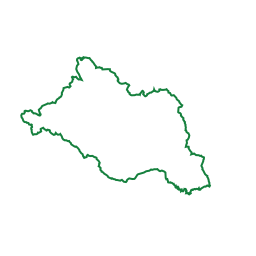 Bagua, Amazonas, Peru, rotated 299°
{"feature_id": "86281439B42703841252030", "entity_name": "Bagua", "entity_type": "district", "adm_level": 2, "iso_a3": "PER", "parent_name": "Peru", "parent_adm1": "Amazonas", "projection": "orthographic", "projection_center": [-78.445, -5.117], "detail": "fine", "context": "isolated", "style": "outline", "palette": "green", "viewbox_px": 256, "rotation_deg": 299, "n_neighbors": 0, "source": "geoboundaries", "source_scale": "gbopen_adm2", "svg_char_len": 5781}
<svg xmlns="http://www.w3.org/2000/svg" viewBox="0 0 256 256"><g transform="rotate(299 128 128)"><path d="M172.7,164.5L174.2,164.4L174.2,163.3L175.1,161.3L175.2,160.7L176.2,159.8L176.7,156.8L177.8,155.6L178.9,152.1L177.6,150.5L177.6,149.9L179.0,147.8L178.6,146.2L179.9,145.4L180.0,144.2L180.6,142.9L179.8,142.3L178.3,140.2L177.5,138.6L177.6,137.5L176.9,136.8L176.6,137.2L175.6,137.4L174.1,136.5L173.5,134.7L173.8,132.8L174.3,132.2L172.8,132.7L172.1,131.9L170.3,131.2L169.5,130.0L167.8,129.2L166.9,128.4L166.1,128.7L165.4,128.6L164.3,128.0L164.1,127.7L164.2,127.0L165.0,124.8L166.6,124.7L167.4,123.6L167.6,122.8L166.7,122.3L165.9,122.4L163.9,122.0L162.8,122.3L162.9,121.6L162.1,121.0L161.3,119.1L160.0,118.0L158.4,115.4L158.2,114.3L158.6,112.7L159.4,112.5L159.7,110.4L160.5,109.7L160.9,108.5L162.5,108.2L164.7,108.2L165.8,108.5L166.3,107.7L166.0,106.0L166.3,104.1L165.1,103.0L163.9,101.5L163.5,100.7L163.2,99.0L164.0,96.4L164.6,95.9L165.0,96.3L165.4,96.2L166.1,95.8L166.3,95.2L167.2,94.4L167.4,93.0L168.2,91.1L168.8,90.9L169.2,90.4L169.4,89.7L169.1,86.3L169.2,84.8L169.9,84.0L170.6,83.7L169.7,81.8L166.8,77.2L167.9,75.9L167.3,74.8L167.4,73.7L166.8,73.3L166.4,72.3L165.0,70.9L166.4,70.2L166.9,68.7L168.6,65.5L168.6,64.7L169.2,63.9L169.4,62.7L170.5,60.4L169.9,59.5L169.2,57.0L168.5,55.7L168.4,55.1L167.8,55.5L167.3,55.4L167.3,54.3L167.0,54.0L166.3,54.1L165.8,54.7L165.1,54.7L164.8,54.4L164.7,53.8L165.0,53.3L166.1,52.7L166.1,51.6L165.0,50.8L164.8,50.5L164.0,50.2L163.5,50.1L162.4,50.6L162.1,50.9L161.9,51.5L159.8,53.7L157.9,53.2L157.0,53.4L154.6,54.1L154.0,54.6L153.8,55.1L153.3,55.5L152.3,56.9L151.4,58.8L149.6,61.1L149.0,61.6L148.7,62.6L147.6,64.2L147.3,62.5L146.5,61.4L146.8,59.6L147.6,57.7L146.4,56.6L146.1,54.7L145.9,54.5L145.3,54.3L143.9,56.4L143.1,56.2L141.5,56.8L139.7,56.1L138.9,55.5L138.5,55.5L137.7,55.9L136.7,57.5L135.0,57.1L134.8,56.7L134.7,55.3L131.7,52.3L129.9,53.0L126.5,53.1L125.5,53.9L123.2,54.2L122.0,53.8L121.5,53.2L120.6,53.2L118.8,52.2L117.2,52.0L114.8,52.4L114.5,52.3L114.3,51.0L113.7,50.2L113.9,49.4L113.3,49.3L111.3,47.7L110.5,45.8L109.9,45.6L105.7,42.3L102.8,42.1L102.2,41.6L100.6,41.2L99.0,42.8L98.8,43.3L97.8,43.8L97.7,44.9L97.2,45.1L96.5,45.1L96.0,44.6L95.8,43.1L96.0,41.1L95.7,39.4L95.0,38.3L95.3,37.8L95.5,36.3L96.3,35.6L96.2,34.0L94.6,33.0L94.1,32.2L93.5,30.1L93.1,29.6L92.5,29.4L91.6,30.2L90.1,30.1L89.1,28.5L88.4,28.4L87.2,28.6L85.6,29.9L85.2,31.1L83.6,32.9L83.2,33.9L83.1,34.7L83.8,36.3L83.5,37.1L83.8,37.5L84.1,38.5L83.1,39.8L83.6,41.2L84.2,41.7L84.2,42.2L83.2,42.4L83.0,43.2L82.2,43.7L81.2,43.3L80.2,43.8L79.9,44.6L79.1,44.9L77.8,45.8L76.7,47.2L76.1,48.3L77.4,49.4L77.9,50.6L78.4,51.1L79.2,51.6L80.3,51.4L80.6,52.3L82.3,53.4L82.9,53.7L84.1,52.5L84.9,52.1L87.1,53.7L86.4,55.6L86.5,57.1L86.2,57.9L86.7,58.3L87.5,58.4L88.1,60.5L87.9,60.9L87.2,61.1L86.8,61.6L86.2,63.5L86.0,66.4L86.7,67.2L88.7,67.2L88.2,68.4L88.2,70.0L89.4,71.6L89.9,71.7L88.6,74.1L87.2,75.6L86.5,77.3L86.7,78.2L86.6,78.8L87.3,79.8L87.4,81.8L88.1,82.8L87.5,83.6L87.2,85.2L86.2,86.3L85.9,90.1L86.0,91.1L86.6,91.4L86.7,91.8L86.0,94.3L85.2,96.1L84.6,96.5L83.3,99.3L83.1,101.0L81.6,102.4L81.5,103.1L81.1,103.3L80.6,104.1L80.7,104.3L81.3,104.4L81.6,105.1L82.6,105.9L83.5,105.5L84.6,105.6L85.0,105.8L84.7,107.3L85.4,109.1L86.3,110.2L86.4,111.4L86.2,112.8L86.6,113.5L86.7,114.8L86.5,115.1L85.6,115.6L85.0,118.2L83.9,120.1L83.0,120.3L82.5,120.1L81.8,120.7L80.3,120.9L80.3,121.7L79.7,123.5L78.7,123.7L77.9,124.3L77.7,125.6L77.0,126.0L77.1,127.9L76.5,129.4L76.5,131.1L76.2,133.4L75.4,134.6L75.7,138.3L76.3,138.4L76.3,140.2L76.8,141.3L76.7,142.8L77.2,143.5L78.2,146.8L78.7,147.0L79.7,147.8L79.0,150.4L79.7,152.4L80.8,152.7L81.4,152.4L81.9,152.4L82.8,152.6L84.5,153.5L85.5,156.6L86.6,158.3L87.7,158.6L91.7,158.9L92.5,159.3L96.7,163.5L99.0,164.9L101.0,167.4L102.9,168.3L103.0,169.3L104.7,171.0L105.7,172.9L106.3,173.6L105.8,175.3L105.7,176.6L105.9,177.2L106.9,177.9L107.2,178.3L107.5,180.9L107.2,182.3L102.6,185.2L101.7,186.4L102.4,187.1L100.7,188.9L100.1,189.2L99.9,189.6L100.4,190.8L101.0,191.4L100.8,191.8L101.1,192.3L101.3,193.0L101.0,194.8L101.3,195.1L100.5,196.1L100.3,196.9L100.8,197.7L99.2,198.3L99.1,198.9L100.6,199.7L100.9,200.1L100.7,200.6L99.9,201.2L99.6,200.6L99.2,200.5L98.9,200.8L98.8,201.7L99.5,201.6L99.7,201.9L99.1,202.5L99.3,203.4L98.8,204.2L99.0,204.4L99.5,204.1L100.1,204.2L100.2,204.4L99.5,204.5L99.1,205.0L98.6,205.2L99.6,205.7L99.2,206.5L99.4,206.9L100.5,206.8L101.4,207.2L101.9,207.0L101.9,207.7L102.4,207.5L102.6,207.9L101.6,209.5L100.5,209.5L100.4,210.3L99.1,210.5L100.3,212.3L100.1,212.7L99.6,213.0L99.6,213.7L101.2,214.5L101.5,213.8L101.9,213.5L102.5,213.8L104.0,213.3L105.1,213.9L105.3,214.1L105.0,214.4L105.2,214.8L106.0,215.0L106.9,215.7L107.1,216.0L107.0,216.6L108.0,217.4L108.4,218.4L108.4,219.1L109.7,219.2L108.6,220.4L108.8,220.9L109.4,221.2L109.9,221.1L111.0,221.6L113.8,223.2L114.4,224.1L114.4,224.4L116.1,225.1L116.1,226.6L116.6,227.3L116.5,227.6L117.4,227.6L118.2,226.3L119.4,225.9L120.6,224.4L121.7,223.7L122.1,223.1L122.8,222.6L123.6,221.1L124.6,220.6L124.5,219.9L125.0,217.8L127.5,214.1L127.8,213.1L129.0,212.7L130.5,210.5L135.5,209.9L136.5,209.4L137.6,209.4L139.1,208.7L138.8,206.4L139.3,205.5L138.5,204.6L138.5,203.1L137.3,200.7L137.7,198.1L137.0,197.7L136.7,197.1L135.6,196.1L137.1,195.8L137.5,195.4L138.0,193.8L139.4,191.2L139.7,190.8L140.8,190.4L141.0,190.1L140.0,188.1L139.6,187.7L142.0,187.0L143.4,186.9L145.6,185.2L146.8,185.9L149.0,185.9L151.3,185.2L152.7,183.4L152.6,182.6L153.0,180.9L153.9,180.2L153.9,179.5L154.4,179.5L154.9,178.9L156.6,178.3L157.8,177.1L158.6,176.9L159.8,175.3L160.8,175.0L160.9,174.2L161.6,173.4L162.0,172.3L163.5,171.7L164.1,169.0L164.6,168.6L164.6,168.2L165.3,167.9L166.0,167.3L166.3,166.2L166.0,164.8L166.2,164.2L170.2,162.4L171.0,162.7L172.2,164.2L172.7,164.5Z" fill="none" stroke="#15803d" stroke-width="2"/></g></svg>